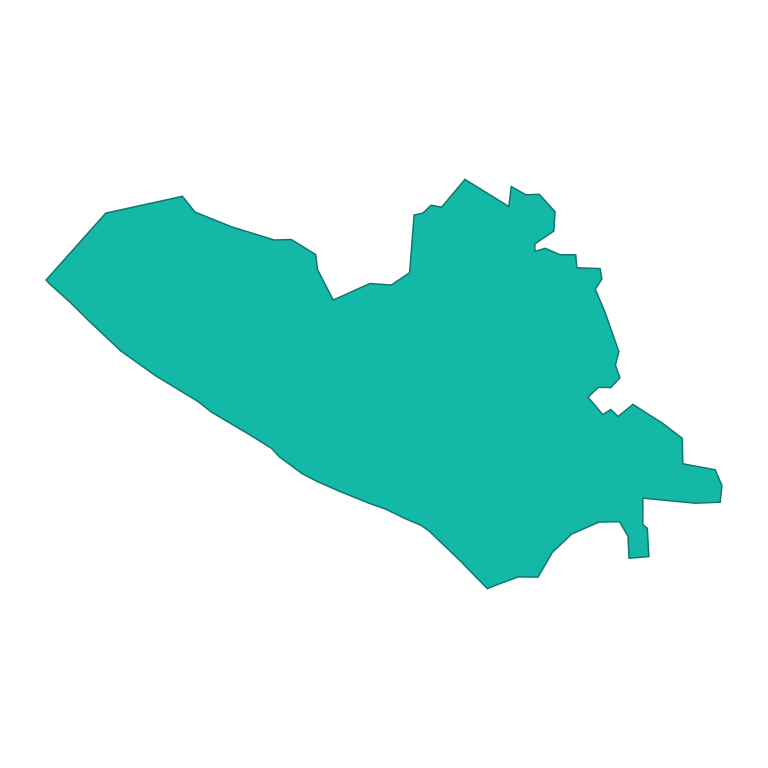 Mirishkar, Kashkadarya, Uzbekistan
{"feature_id": "79887680B34481827361029", "entity_name": "Mirishkar", "entity_type": "district", "adm_level": 2, "iso_a3": "UZB", "parent_name": "Uzbekistan", "parent_adm1": "Kashkadarya", "projection": "orthographic", "projection_center": [65.084, 38.797], "detail": "fine", "context": "isolated", "style": "filled", "palette": "teal", "viewbox_px": 768, "rotation_deg": 0, "n_neighbors": 0, "source": "geoboundaries", "source_scale": "gbopen_adm2", "svg_char_len": 1171}
<svg xmlns="http://www.w3.org/2000/svg" viewBox="0 0 768 768"><path d="M46.1,280.0L49.6,283.9L69.8,302.0L89.1,321.1L120.7,350.9L155.8,375.9L198.3,401.7L211.4,412.1L249.1,434.4L271.8,448.6L279.8,457.3L284.6,460.7L302.1,473.7L317.0,481.4L340.2,491.6L369.9,503.6L385.6,509.1L404.9,518.5L421.1,525.4L428.5,530.5L459.3,559.9L476.8,577.9L487.3,588.6L498.2,584.3L518.1,576.9L538.0,577.1L552.3,552.4L571.7,534.0L599.0,522.1L619.5,521.7L628.0,536.2L629.0,558.2L648.9,556.6L647.3,528.2L642.8,524.7L642.9,498.2L695.2,503.2L720.2,502.2L721.9,485.5L715.2,469.8L682.8,463.8L682.3,438.4L662.4,423.2L632.9,404.4L618.1,416.5L610.7,409.5L602.8,414.6L588.0,397.2L598.3,387.4L610.8,387.5L619.9,377.8L615.4,365.0L618.9,351.7L604.8,311.7L595.2,289.1L601.9,279.2L600.1,268.6L576.9,267.8L575.7,254.8L559.9,254.7L545.2,248.3L534.9,251.4L534.9,243.9L553.8,231.0L555.1,211.8L539.3,194.3L525.9,194.8L511.3,186.6L508.8,206.5L464.9,179.4L441.6,207.2L431.2,205.2L422.7,213.2L414.1,215.0L409.6,272.7L391.3,285.0L369.9,283.5L333.2,300.0L317.5,269.5L315.7,254.6L291.3,239.5L274.2,240.0L230.9,226.6L194.9,212.0L182.4,196.3L105.8,213.1L46.1,280.0Z" fill="#14b8a6" stroke="#0f766e" stroke-width="1.5"/></svg>